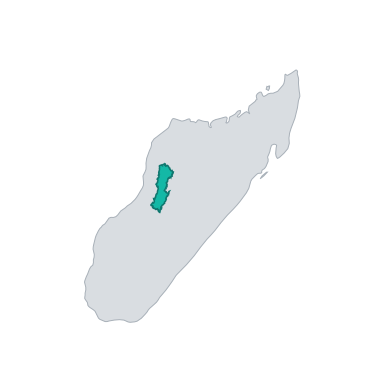 Miandrivazo, Menabe, Madagascar (highlighted), rotated 24°
{"feature_id": "10022922B2580716977723", "entity_name": "Miandrivazo", "entity_type": "district", "adm_level": 2, "iso_a3": "MDG", "parent_name": "Madagascar", "parent_adm1": "Menabe", "projection": "natural_earth1", "projection_center": [45.43, -19.207], "detail": "fine", "context": "in_parent", "style": "filled", "palette": "teal", "viewbox_px": 384, "rotation_deg": 24, "n_neighbors": 0, "source": "geoboundaries", "source_scale": "gbopen_adm2", "svg_char_len": 8389}
<svg xmlns="http://www.w3.org/2000/svg" viewBox="0 0 384 384"><g transform="rotate(24 192 192)"><path d="M243.8,46.2L244.7,48.6L245.8,50.8L249.0,56.4L250.4,58.5L251.6,60.7L252.1,65.2L254.1,72.3L256.0,82.8L256.6,93.6L257.2,98.5L258.6,103.2L261.1,108.0L261.9,113.4L260.3,119.0L258.1,124.2L257.5,125.2L256.5,126.5L256.0,126.4L254.3,125.1L252.8,122.9L251.0,117.7L250.4,115.1L249.6,114.6L247.5,114.9L246.0,116.5L245.7,117.5L246.0,120.5L246.6,123.1L246.8,125.8L246.8,129.2L247.4,130.2L248.2,131.0L249.1,133.2L249.2,138.5L248.7,141.1L247.2,143.4L247.2,144.7L247.8,146.0L247.3,146.8L245.3,147.8L244.4,148.6L243.4,150.9L241.6,155.7L241.3,158.1L242.4,165.5L242.0,170.7L239.8,180.7L238.5,185.4L236.6,191.1L233.8,198.5L231.0,207.9L228.7,217.5L226.9,223.3L224.9,229.0L222.2,239.1L219.9,249.4L216.5,260.7L211.8,273.3L211.3,274.9L210.3,281.3L209.2,286.9L208.0,292.4L205.3,301.6L205.0,304.4L204.4,307.1L201.9,312.8L200.9,314.9L200.1,317.2L199.7,320.1L198.9,322.8L197.1,327.9L194.4,332.3L192.5,333.9L188.5,336.2L186.5,336.7L182.0,336.7L177.7,338.1L173.1,340.6L168.8,343.5L167.1,344.9L165.3,345.7L159.5,345.8L157.8,345.2L152.0,340.4L149.8,339.7L145.6,339.0L144.3,338.6L143.1,338.0L141.4,335.5L138.0,333.4L137.2,332.7L136.7,331.2L136.3,329.7L135.5,327.9L134.8,324.6L133.7,322.2L130.5,318.1L130.2,316.8L129.9,312.4L130.0,309.5L129.7,304.0L130.0,301.5L131.1,299.2L130.7,296.7L129.5,294.1L129.1,291.4L128.2,288.9L124.9,284.5L124.1,282.3L123.6,280.1L122.3,273.0L122.1,270.6L122.3,265.4L122.7,262.7L123.5,260.9L123.7,259.5L124.2,258.3L125.0,257.3L125.5,256.2L126.8,249.6L128.3,248.1L130.6,247.2L132.5,245.5L133.5,243.2L134.6,238.4L137.5,233.6L138.5,231.1L140.9,227.3L143.0,221.9L143.6,219.4L144.0,216.8L144.6,211.2L145.0,208.4L144.9,205.6L143.7,202.7L140.8,197.5L140.7,196.5L140.9,192.7L140.7,189.9L139.6,187.1L138.3,184.5L136.9,179.6L136.3,171.5L136.4,168.5L136.0,165.9L135.0,163.4L135.7,159.1L144.2,143.4L144.5,141.6L144.2,136.8L144.3,134.0L144.6,133.0L145.3,132.4L146.8,132.1L153.7,131.4L154.6,130.9L156.3,129.6L158.7,127.0L159.8,126.3L160.7,126.5L161.3,127.6L162.1,128.2L164.9,127.1L166.0,127.0L167.1,127.2L167.6,126.2L167.9,124.7L168.3,123.7L169.0,123.2L172.6,122.9L174.9,122.4L177.9,121.4L178.5,121.6L180.9,125.2L181.7,125.5L182.6,125.7L183.4,125.0L181.5,123.2L181.2,122.1L181.3,120.9L182.3,118.3L184.1,116.3L187.9,113.3L192.0,109.9L193.2,109.6L194.1,110.2L194.9,114.3L194.8,114.9L195.4,115.0L196.2,114.5L196.9,112.9L196.9,111.5L196.4,110.2L196.1,109.1L196.1,108.0L198.1,105.6L199.7,103.3L200.5,100.6L201.1,99.3L202.8,97.9L203.3,98.1L203.7,99.3L203.9,100.5L203.5,101.7L202.9,102.9L202.6,104.5L203.6,104.8L204.5,104.5L205.8,101.5L207.3,98.8L208.2,97.4L209.3,96.4L211.2,96.6L213.0,97.2L210.1,94.3L209.3,90.3L212.9,83.4L212.9,82.0L213.4,81.5L213.7,81.0L211.9,78.6L211.5,77.5L211.8,75.7L212.6,74.2L213.4,73.1L214.6,72.7L215.5,73.3L217.4,75.2L218.8,75.5L220.4,73.6L221.7,71.3L223.7,69.8L225.9,68.8L229.3,65.2L231.6,57.6L231.8,55.4L231.3,52.8L230.5,50.2L229.2,47.1L229.5,46.4L231.4,46.8L232.0,46.3L234.1,43.5L237.4,38.2L238.5,38.2L239.5,39.2L239.8,40.6L240.5,41.7L242.7,44.3L243.8,46.2ZM220.5,67.4L220.5,68.2L217.9,67.9L217.5,65.0L218.8,64.9L219.1,63.8L219.8,63.6L220.6,66.1L220.5,67.4ZM251.1,148.0L248.9,152.2L249.5,148.7L252.0,143.6L252.8,143.2L251.1,148.0Z" fill="#d9dde1" stroke="#a8b0b8" stroke-width="1"/><path d="M171.0,205.8L171.0,205.7L171.3,205.8L171.4,205.7L171.3,205.3L171.3,205.1L171.3,204.9L171.2,204.8L171.3,204.4L171.3,204.2L171.5,204.1L171.3,203.9L171.3,203.7L171.5,203.6L171.5,203.3L171.3,203.1L171.3,202.9L171.4,202.7L171.2,202.5L171.1,201.6L170.9,201.2L171.0,200.5L170.8,200.7L170.6,201.5L170.6,202.4L170.4,202.9L170.1,202.9L169.7,203.1L169.3,203.1L168.7,202.9L168.5,202.7L168.4,202.5L168.2,202.8L167.3,202.1L167.1,202.0L166.3,202.2L166.1,202.0L166.2,200.9L166.2,200.4L166.5,199.9L166.9,199.7L167.0,199.5L166.6,198.9L166.3,198.7L166.2,198.5L166.2,198.3L166.4,197.6L166.6,197.7L166.9,197.6L166.9,197.3L166.8,196.9L166.8,196.6L166.3,196.6L166.0,196.2L166.0,195.7L166.0,195.4L166.1,195.2L165.9,195.1L165.6,194.9L165.5,194.6L165.1,194.2L165.0,194.3L164.9,194.3L164.8,194.0L164.7,193.9L164.8,193.3L165.2,193.1L165.4,192.5L165.3,192.2L165.3,191.8L165.0,191.6L164.9,191.4L164.9,191.1L164.8,190.7L164.7,190.5L164.8,190.3L164.7,190.2L164.6,189.9L164.6,189.7L164.6,189.4L164.7,189.0L164.9,189.1L164.9,188.9L165.2,188.9L165.3,188.6L165.1,188.5L165.3,188.6L165.4,188.4L165.4,188.1L165.7,188.2L165.7,187.8L166.0,187.8L166.0,187.4L166.2,187.1L166.3,187.2L166.5,187.3L166.4,187.1L166.5,187.0L166.6,186.8L166.6,186.7L166.9,186.6L166.9,186.4L167.0,186.2L167.0,185.7L167.0,185.8L166.8,185.8L166.7,185.8L166.8,185.5L166.9,185.3L167.0,185.3L166.9,185.2L167.0,184.8L166.9,184.7L167.0,184.7L166.9,184.4L167.0,184.4L167.0,184.5L167.0,184.4L166.9,184.3L166.9,184.2L166.8,183.9L166.8,183.7L166.9,183.3L166.7,183.3L166.7,183.1L166.6,182.9L166.4,182.8L166.9,182.2L166.8,181.9L166.9,181.7L166.8,181.3L166.2,181.6L165.8,181.3L165.1,180.5L164.9,180.8L164.6,181.0L164.3,181.2L164.1,181.2L163.7,180.9L163.6,180.6L163.2,180.4L162.6,180.4L162.5,180.2L162.5,179.9L162.3,179.8L162.2,179.6L162.0,179.3L161.6,179.5L161.4,179.3L161.2,179.0L160.4,178.7L160.3,178.4L160.1,178.3L160.0,178.1L159.3,177.9L159.2,177.8L158.8,177.7L158.7,177.9L158.7,178.1L158.2,178.5L158.1,178.4L158.0,178.5L158.0,178.4L157.7,178.5L157.5,178.8L157.4,178.9L157.0,178.4L156.8,177.8L156.5,177.7L156.3,178.0L156.3,177.8L156.4,177.6L156.2,177.3L155.7,177.2L155.7,177.4L155.5,177.9L155.3,177.8L155.1,177.8L154.8,178.3L154.6,178.5L154.4,178.6L153.8,179.5L153.9,179.9L153.7,179.8L153.3,179.7L153.3,180.0L153.2,180.1L152.5,180.4L152.2,180.4L151.9,180.9L151.8,181.1L151.6,181.3L151.9,182.1L152.1,182.3L152.6,183.2L152.6,183.7L153.1,184.5L153.2,184.8L153.4,185.7L153.4,186.3L153.6,186.6L153.5,186.9L153.6,187.6L153.9,187.7L153.9,188.2L154.0,188.4L154.3,188.8L154.6,189.0L154.7,188.9L154.9,189.0L154.7,189.6L154.5,189.8L154.5,189.7L154.4,189.8L154.7,190.5L154.9,190.4L154.9,190.2L155.2,190.4L155.1,190.8L155.6,191.6L155.7,192.2L155.8,192.4L155.6,192.7L155.4,192.9L155.4,193.2L155.0,193.3L154.9,193.7L155.0,194.4L155.1,194.7L155.5,194.8L155.6,194.5L156.1,195.0L156.3,195.6L156.3,196.1L156.3,196.6L156.6,196.9L156.5,197.2L156.7,197.5L156.7,197.9L156.4,198.3L156.1,198.5L156.0,198.9L156.2,199.3L156.1,199.6L156.1,199.8L156.4,199.9L156.7,200.1L157.0,200.0L157.2,200.5L157.6,201.1L158.1,201.4L158.2,200.9L158.7,200.7L158.8,200.9L159.0,201.4L159.2,201.7L159.4,202.2L159.6,202.3L159.9,203.1L160.1,205.2L160.3,205.6L160.4,206.2L160.7,206.9L160.7,207.9L160.7,208.1L160.3,208.2L160.2,209.1L160.4,209.5L160.4,210.0L160.6,210.3L160.6,210.7L160.5,210.9L160.6,211.2L160.9,211.4L160.9,211.7L160.8,211.9L160.8,212.6L160.7,212.9L160.8,213.1L160.7,213.1L160.3,213.3L160.2,213.5L160.4,213.5L160.1,213.6L160.3,213.7L160.1,213.8L160.2,214.0L160.3,214.2L160.0,214.1L160.2,214.5L160.3,214.5L160.3,214.4L160.5,214.7L160.9,214.9L161.2,215.6L161.4,215.8L161.5,216.2L161.4,216.6L161.5,216.9L161.5,217.6L161.4,217.7L161.2,217.9L160.9,217.8L160.6,218.0L160.4,217.8L160.3,218.1L160.2,218.3L160.3,218.6L160.2,219.0L159.9,219.5L159.7,220.2L159.8,220.7L160.2,221.0L160.3,221.0L160.7,221.0L160.9,220.7L161.4,220.7L161.5,220.5L162.0,220.6L162.1,220.8L162.4,221.2L162.6,221.7L162.2,222.0L162.3,222.2L163.5,222.6L164.1,222.1L164.5,222.0L164.9,222.2L165.0,222.4L165.5,222.7L165.8,222.5L166.0,222.6L166.2,222.4L166.5,221.8L166.7,221.7L166.9,221.7L167.0,221.6L167.0,221.8L167.1,221.7L167.2,221.9L167.4,222.0L167.5,221.9L167.8,221.9L168.1,222.0L168.5,222.5L168.6,222.3L168.7,222.5L168.9,222.6L169.1,223.1L169.3,223.3L170.4,223.8L170.9,223.8L170.9,223.5L170.8,223.4L170.8,223.0L170.7,222.6L170.5,222.4L170.4,222.1L170.4,221.6L170.2,221.5L170.1,221.1L170.2,220.9L170.2,220.7L170.3,220.7L170.2,220.4L170.3,220.3L170.2,220.2L170.0,219.6L170.3,219.8L170.5,219.5L170.8,219.6L170.7,219.3L170.6,219.0L170.8,218.8L170.7,218.6L170.4,218.6L170.3,218.2L170.0,218.1L170.0,217.5L169.9,217.4L169.9,217.1L170.2,216.7L170.1,216.3L170.3,215.9L170.5,215.5L170.9,215.3L170.9,215.1L170.9,214.9L171.0,214.3L171.5,213.7L171.4,213.6L171.5,213.5L171.2,213.0L171.0,212.6L171.0,212.2L171.3,211.8L171.5,211.6L171.5,211.3L171.5,210.9L171.6,210.4L171.5,210.2L171.4,210.1L171.3,209.7L171.5,209.1L171.4,208.8L171.3,208.7L171.1,208.7L170.8,208.7L170.7,208.3L170.6,208.0L170.8,207.5L170.9,207.1L170.8,206.9L170.7,206.8L170.6,206.5L170.6,206.3L170.7,206.1L170.8,206.1L171.0,205.8Z" fill="#14b8a6" stroke="#0f766e" stroke-width="1.5"/></g></svg>